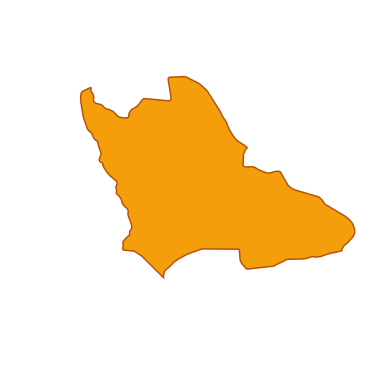 an SVG outline of Tandjilé, rotated 224°
{"feature_id": "TCD-1487", "entity_name": "Tandjilé", "entity_type": "Prefecture", "adm_level": 1, "iso_a3": "TCD", "parent_name": "Chad", "parent_adm1": "", "projection": "albers", "projection_center": [16.631, 9.621], "detail": "fine", "context": "isolated", "style": "filled", "palette": "amber", "viewbox_px": 384, "rotation_deg": 224, "n_neighbors": 0, "source": "natural_earth", "source_scale": "10m", "svg_char_len": 3221}
<svg xmlns="http://www.w3.org/2000/svg" viewBox="0 0 384 384"><g transform="rotate(224 192 192)"><path d="M183.1,262.2L182.9,261.0L182.8,258.8L181.0,254.6L175.2,248.4L174.1,246.6L172.2,246.4L170.9,247.1L166.9,251.3L165.7,252.3L164.8,253.0L163.3,253.5L160.2,254.1L157.0,255.2L151.8,257.5L150.7,258.1L149.8,259.1L148.5,260.8L146.6,264.4L144.8,266.4L143.7,267.2L142.7,267.7L141.9,267.7L128.0,263.6L126.8,263.5L125.2,263.6L122.3,264.0L119.0,265.2L98.2,276.1L96.6,276.6L93.1,276.6L87.8,275.6L65.4,280.9L61.8,281.3L58.1,281.3L56.2,281.1L54.6,280.8L53.3,280.3L50.5,278.9L49.3,278.2L47.0,276.2L45.4,272.9L45.0,270.4L44.9,263.0L45.3,259.8L45.3,258.6L44.5,255.4L44.3,254.7L44.0,254.1L43.5,253.9L43.4,253.7L44.4,252.3L46.8,248.2L47.8,246.9L48.8,245.8L52.4,239.4L52.7,238.9L54.3,235.5L55.5,233.8L56.6,232.7L57.7,231.2L58.2,230.7L59.7,229.9L60.6,229.0L61.8,227.2L62.8,224.7L65.9,220.7L76.1,210.4L76.6,209.7L76.9,209.2L81.0,198.1L81.4,196.3L82.6,194.4L98.6,175.0L100.5,174.4L101.9,174.8L106.6,175.1L110.0,176.4L116.9,182.5L117.8,183.4L118.6,183.3L144.5,158.8L145.6,157.3L151.9,144.7L155.1,135.0L156.4,128.2L156.1,124.9L156.8,117.1L156.5,115.6L156.2,114.9L154.3,111.9L153.0,110.6L183.9,111.0L192.3,109.4L200.9,102.8L201.7,102.7L202.4,102.9L202.8,103.5L203.2,104.0L203.5,104.7L203.9,105.3L204.4,105.8L206.0,107.1L206.5,107.6L206.9,108.2L207.2,108.8L207.3,109.6L207.4,113.3L207.2,116.9L207.3,117.8L207.6,118.4L209.1,119.8L209.4,120.5L210.1,123.6L210.4,124.3L210.8,124.8L211.3,125.3L212.4,126.2L221.8,130.9L222.6,131.5L223.2,132.2L223.7,132.9L224.4,133.7L225.7,134.6L226.8,135.0L227.7,135.0L229.8,134.8L233.5,135.2L234.7,135.7L237.2,137.3L238.4,137.8L241.1,138.4L245.3,138.4L245.7,138.7L246.1,139.1L246.8,140.2L247.9,141.2L249.7,142.3L250.3,142.7L251.3,145.4L252.3,146.6L253.3,147.1L254.3,147.3L261.3,146.8L262.1,146.7L266.1,147.0L271.2,148.1L273.7,148.9L275.2,149.6L275.5,150.3L276.1,150.5L276.7,150.5L278.4,150.0L279.5,149.9L280.3,150.1L280.9,150.5L281.4,151.0L283.2,155.0L283.6,155.6L283.9,156.2L285.0,157.1L290.0,159.5L292.6,161.2L293.9,162.2L295.0,162.5L295.9,162.6L298.0,162.3L299.8,162.5L301.8,163.2L303.8,164.1L305.1,164.5L306.1,164.6L308.2,164.4L309.7,164.5L310.7,164.7L311.5,165.0L321.9,170.2L335.3,180.1L338.2,183.1L340.3,186.0L340.6,187.4L340.4,189.2L337.7,196.2L337.2,196.8L336.8,196.7L335.6,195.2L335.0,194.7L334.4,194.4L332.9,193.9L331.8,193.7L330.5,193.3L329.2,192.6L328.6,192.1L328.2,191.6L327.4,190.5L327.0,189.9L326.5,189.5L325.8,189.1L325.1,188.9L324.2,188.8L323.4,188.9L322.0,189.4L318.5,191.5L318.1,191.6L317.5,191.8L316.0,192.0L313.4,191.8L312.6,192.0L311.7,192.2L310.8,192.6L308.8,193.8L305.1,195.0L304.3,195.2L297.8,194.9L296.5,195.4L294.9,196.2L292.0,198.4L290.8,199.6L290.0,200.6L289.8,201.4L289.8,202.2L290.1,202.9L291.2,203.8L291.7,204.3L291.9,205.0L292.2,206.6L292.5,207.2L292.7,208.2L292.6,209.9L291.4,213.5L291.1,216.1L291.1,218.5L291.7,222.4L291.8,224.2L291.6,225.5L290.5,226.7L272.3,241.2L271.1,242.9L271.8,244.4L273.3,245.9L286.4,255.7L287.8,256.9L288.2,258.0L287.5,259.4L276.9,270.4L262.1,275.0L254.5,275.3L250.9,275.2L227.3,269.4L223.0,267.7L215.6,266.1L213.7,265.0L208.0,262.7L201.8,261.0L198.3,260.5L194.4,260.4L185.6,262.2L183.1,262.2Z" fill="#f59e0b" stroke="#b45309" stroke-width="1.5"/></g></svg>